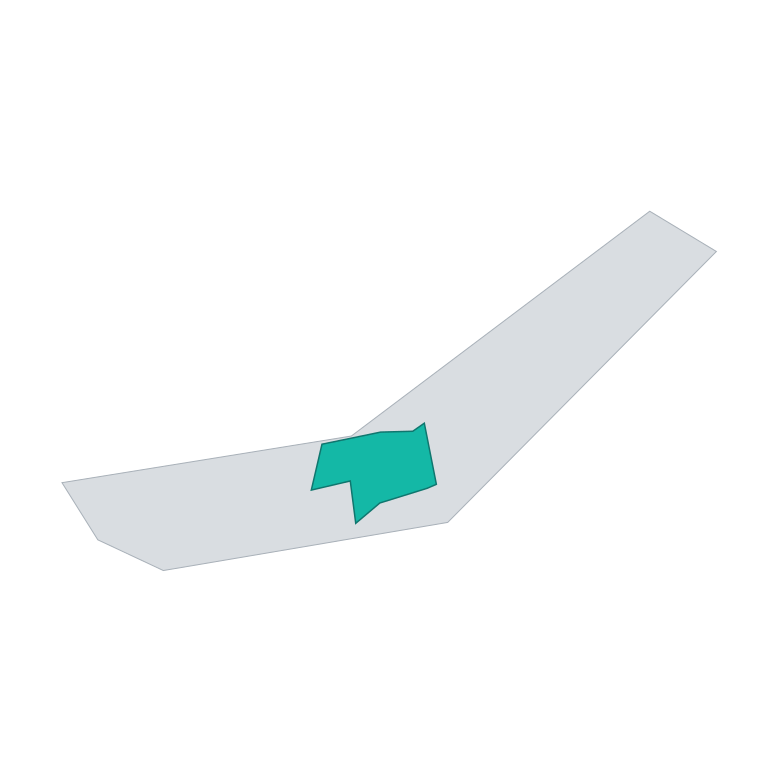 location of Devonshire within Bermuda, rotated 17°
{"feature_id": "BMU-5136", "entity_name": "Devonshire", "entity_type": "state/province", "adm_level": 1, "iso_a3": "BMU", "parent_name": "Bermuda", "parent_adm1": "", "projection": "equal_earth", "projection_center": [-64.76, 32.301], "detail": "fine", "context": "in_parent", "style": "filled", "palette": "teal", "viewbox_px": 768, "rotation_deg": 17, "n_neighbors": 0, "source": "natural_earth", "source_scale": "10m", "svg_char_len": 460}
<svg xmlns="http://www.w3.org/2000/svg" viewBox="0 0 768 768"><g transform="rotate(17 384 384)"><path d="M485.4,497.7L227.5,626.9L155.9,616.7L104.9,572.5L368.0,443.3L587.6,141.1L663.1,160.1L485.4,497.7Z" fill="#d9dde1" stroke="#a8b0b8" stroke-width="1"/><path d="M342.3,459.7L394.8,431.0L425.3,420.8L434.0,409.7L463.4,464.6L455.8,471.1L414.8,499.0L397.7,525.5L380.1,486.6L345.5,506.7L342.3,459.7Z" fill="#14b8a6" stroke="#0f766e" stroke-width="1.5"/></g></svg>